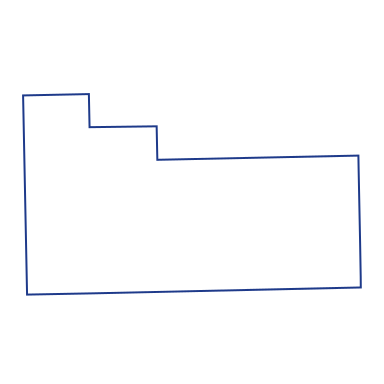 outline of Defiance, Ohio, United States of America, rotated 179°
{"feature_id": "52423323B79040942886335", "entity_name": "Defiance", "entity_type": "district", "adm_level": 2, "iso_a3": "USA", "parent_name": "United States of America", "parent_adm1": "Ohio", "projection": "equal_earth", "projection_center": [-84.614, 41.297], "detail": "fine", "context": "isolated", "style": "outline", "palette": "blue", "viewbox_px": 384, "rotation_deg": 179, "n_neighbors": 0, "source": "geoboundaries", "source_scale": "gbopen_adm2", "svg_char_len": 334}
<svg xmlns="http://www.w3.org/2000/svg" viewBox="0 0 384 384"><g transform="rotate(179 192 192)"><path d="M24.9,93.6L24.8,104.5L24.8,107.0L24.8,137.7L25.0,211.3L25.0,211.5L25.0,225.5L226.1,224.8L226.2,258.3L293.3,258.6L293.4,291.7L359.2,291.5L358.7,92.3L293.1,92.4L24.9,93.6Z" fill="none" stroke="#1e3a8a" stroke-width="2"/></g></svg>